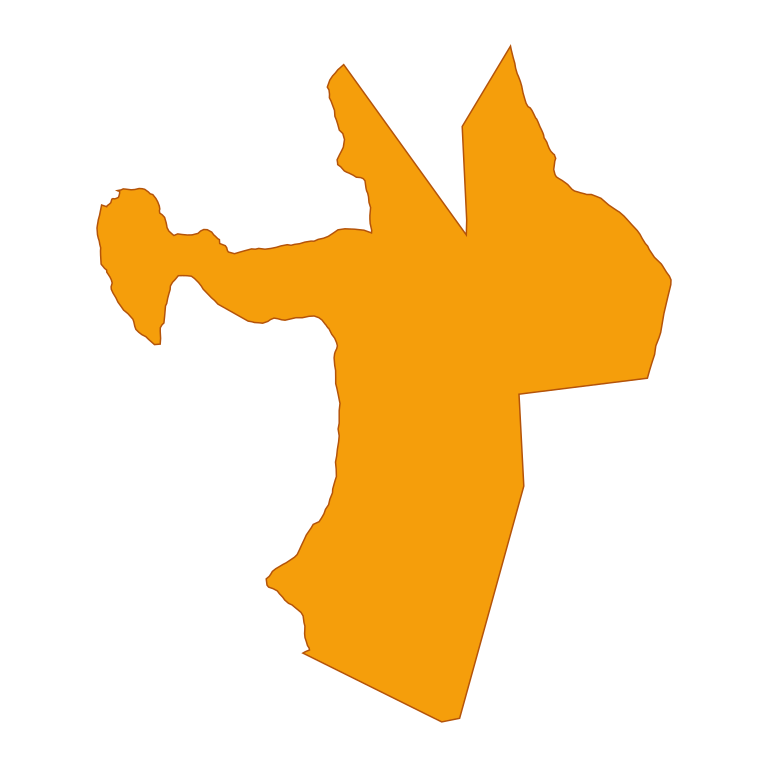 the district of San Miguel Piedras, Oaxaca, Mexico
{"feature_id": "50627088B74444100420384", "entity_name": "San Miguel Piedras", "entity_type": "district", "adm_level": 2, "iso_a3": "MEX", "parent_name": "Mexico", "parent_adm1": "Oaxaca", "projection": "robinson", "projection_center": [-97.237, 16.979], "detail": "fine", "context": "isolated", "style": "filled", "palette": "amber", "viewbox_px": 768, "rotation_deg": 0, "n_neighbors": 0, "source": "geoboundaries", "source_scale": "gbopen_adm2", "svg_char_len": 4915}
<svg xmlns="http://www.w3.org/2000/svg" viewBox="0 0 768 768"><path d="M459.6,718.3L490.6,606.3L523.8,486.1L519.0,394.2L529.9,392.8L647.4,378.2L649.7,370.0L651.9,362.8L654.6,354.5L655.8,345.9L659.0,337.7L660.7,332.4L663.9,313.6L667.8,297.0L670.8,284.7L671.0,279.9L669.4,276.2L666.4,272.1L662.4,265.6L661.3,264.0L654.4,257.3L651.0,252.2L649.2,249.5L647.7,246.2L645.3,243.5L642.2,238.5L639.9,234.2L637.3,230.6L634.8,227.9L631.6,224.5L628.4,220.9L624.0,216.1L619.3,212.0L617.6,211.0L614.0,208.6L608.7,205.0L605.6,202.3L601.0,198.3L596.1,196.3L591.4,194.5L586.7,194.5L584.6,193.8L580.2,192.7L578.7,192.2L577.3,191.8L574.5,191.0L572.0,189.3L569.3,186.3L567.7,184.5L565.4,182.8L562.2,180.5L558.8,178.5L556.3,176.8L555.0,174.5L553.7,169.5L554.3,165.2L554.8,161.1L555.7,158.4L554.7,155.8L554.4,154.7L553.2,153.8L550.9,151.4L549.2,148.5L547.7,144.8L546.9,142.4L545.3,139.6L544.1,137.9L543.6,135.0L542.7,132.5L541.3,129.4L540.0,126.8L539.1,124.6L538.0,121.9L536.7,119.1L535.6,117.9L533.9,114.3L532.1,110.7L530.3,108.0L528.0,106.6L526.1,103.3L524.8,99.1L523.0,92.8L521.7,86.1L520.4,81.6L518.4,76.3L517.2,73.7L515.6,68.2L514.8,63.3L513.1,57.3L511.2,49.6L510.5,46.1L462.2,126.5L466.7,220.2L466.3,234.9L343.7,64.6L337.8,69.8L335.4,72.9L332.6,75.9L329.8,80.1L327.3,87.1L329.0,90.0L329.5,94.1L329.4,97.8L331.1,101.2L334.5,110.4L334.9,116.3L336.4,120.0L337.7,124.1L339.3,130.1L342.8,133.5L344.5,139.5L343.3,147.2L341.7,150.6L339.5,154.8L337.1,159.8L337.6,163.0L337.7,164.6L340.7,166.8L342.0,168.3L344.3,170.9L346.5,172.1L349.0,173.1L353.2,175.2L356.3,177.2L360.8,177.6L363.3,178.7L365.0,180.8L365.5,184.5L366.0,188.1L366.6,190.8L367.7,193.2L368.5,196.8L369.0,202.4L370.6,207.6L369.9,215.4L369.9,219.1L370.2,223.6L371.7,230.3L371.5,232.9L364.0,230.2L354.6,229.2L344.9,228.8L338.0,229.8L333.4,233.0L328.2,236.4L323.6,238.2L318.1,239.4L314.1,241.2L311.0,241.1L304.9,242.1L299.6,243.7L294.4,244.4L291.1,245.3L287.3,244.7L281.0,245.9L276.4,247.3L271.1,248.4L265.0,249.2L261.8,248.8L258.7,248.4L255.4,249.2L251.5,248.9L247.5,250.0L244.1,250.9L240.2,252.0L234.5,253.7L228.4,252.0L227.4,250.5L226.7,247.7L225.3,245.7L219.7,243.5L219.4,239.6L217.8,238.7L215.4,236.3L213.7,234.8L211.7,232.1L207.3,229.7L203.8,229.5L200.6,231.0L198.0,233.4L192.0,234.9L187.4,235.0L182.1,234.5L177.7,233.9L173.9,235.5L172.1,234.0L168.8,231.0L167.0,227.5L166.7,225.4L166.2,222.9L164.6,217.4L162.3,214.9L159.7,213.0L159.4,210.7L159.8,209.0L159.3,206.0L157.8,202.0L155.9,198.5L152.8,194.6L150.2,193.8L148.3,191.9L144.7,189.3L142.2,188.7L139.1,188.5L134.9,189.5L131.2,189.8L125.4,189.1L123.2,188.9L121.1,189.9L117.3,190.6L117.5,190.7L118.3,191.1L118.9,190.7L119.6,190.4L119.7,191.0L119.6,193.4L119.1,195.5L118.4,197.4L116.0,198.5L114.3,198.9L113.0,198.6L111.8,199.2L110.8,202.7L109.5,204.0L108.0,205.1L107.1,205.8L106.7,206.7L101.9,205.1L101.6,205.0L99.5,215.5L98.3,219.8L98.0,221.8L97.4,225.2L97.0,228.0L97.5,234.8L98.3,238.2L99.2,240.9L99.8,244.4L100.7,247.9L100.5,250.9L100.6,255.2L100.7,256.7L101.1,264.0L101.4,264.5L103.0,266.4L104.6,268.4L106.6,270.0L106.8,272.2L108.2,274.3L110.0,277.1L111.3,279.8L112.2,283.0L111.1,286.8L111.3,289.3L113.0,293.0L115.9,297.8L118.0,302.2L121.2,306.6L123.6,310.1L128.0,313.7L132.9,319.2L133.8,321.8L134.8,326.4L135.9,329.4L136.7,330.2L138.7,332.2L141.8,334.6L145.9,336.7L148.6,339.4L154.5,344.6L160.2,344.1L160.6,338.4L160.2,331.0L160.3,327.7L162.1,324.7L163.9,323.0L164.6,316.4L165.1,310.6L165.5,305.9L166.7,303.5L167.7,298.2L168.9,293.7L170.1,289.7L170.4,286.0L172.5,282.3L175.1,279.6L178.3,275.7L182.3,275.6L187.0,275.7L191.4,276.2L194.5,278.5L198.6,282.6L201.2,285.9L203.2,289.2L206.1,292.2L211.4,297.7L214.5,300.4L217.9,304.1L248.1,321.1L252.1,321.8L254.4,322.5L259.2,322.8L262.7,323.2L267.9,321.4L270.4,319.6L274.0,318.1L277.7,318.7L281.7,319.8L285.1,320.2L295.9,317.7L302.4,317.7L309.0,316.3L314.2,316.0L318.9,317.7L322.0,320.0L325.3,324.3L326.0,325.0L326.8,326.3L328.2,328.1L328.7,328.3L329.5,329.8L331.7,334.2L334.7,338.2L336.6,342.7L337.4,345.9L336.7,348.7L335.3,351.6L334.6,353.8L334.1,357.9L334.7,365.3L335.6,370.4L335.7,377.6L335.7,383.6L336.9,388.3L338.2,394.5L339.4,400.6L340.0,403.4L339.2,410.6L339.2,414.6L339.2,423.2L338.1,429.0L339.2,435.8L338.6,442.0L337.4,449.2L336.7,455.9L335.5,462.1L336.2,469.2L336.4,476.6L335.2,480.2L334.3,483.3L332.7,489.1L332.5,492.8L329.9,499.2L328.6,504.7L325.5,509.3L324.0,513.7L321.6,517.9L319.1,521.7L313.2,524.4L311.3,527.7L306.3,535.0L304.4,539.2L301.5,545.3L299.5,549.7L297.2,554.5L294.5,557.2L286.0,562.9L283.0,564.4L279.7,566.4L275.8,568.7L272.4,571.4L270.8,574.1L269.3,576.3L266.2,578.9L267.0,585.1L268.6,587.1L273.2,588.7L277.3,590.9L279.4,593.7L282.7,597.2L284.8,600.1L288.5,603.3L292.0,604.9L295.1,607.5L301.0,612.4L303.1,615.9L304.0,622.6L304.9,626.1L304.8,629.9L304.6,633.7L305.0,637.6L306.3,641.5L307.5,645.6L309.1,648.0L309.5,650.0L306.5,651.2L305.0,651.9L302.9,653.1L425.9,714.1L441.7,721.9L459.6,718.3Z" fill="#f59e0b" stroke="#b45309" stroke-width="1.5"/></svg>